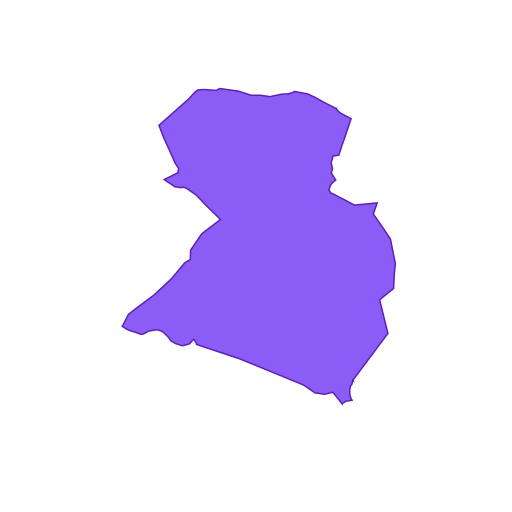 the district of La Clery, Castries, Saint Lucia, rotated 150°
{"feature_id": "8701671B59116812435541", "entity_name": "La Clery", "entity_type": "district", "adm_level": 2, "iso_a3": "LCA", "parent_name": "Saint Lucia", "parent_adm1": "Castries", "projection": "robinson", "projection_center": [-60.984, 14.019], "detail": "fine", "context": "isolated", "style": "filled", "palette": "violet", "viewbox_px": 512, "rotation_deg": 150, "n_neighbors": 0, "source": "geoboundaries", "source_scale": "gbopen_adm2", "svg_char_len": 1715}
<svg xmlns="http://www.w3.org/2000/svg" viewBox="0 0 512 512"><g transform="rotate(150 256 256)"><path d="M297.3,368.1L291.6,356.5L287.1,352.9L284.9,351.9L284.2,351.7L282.2,349.1L277.2,338.4L274.3,326.1L271.7,316.8L268.5,305.4L291.8,302.4L309.8,293.7L314.6,285.8L320.9,285.8L340.3,278.7L363.8,273.2L384.6,270.8L395.7,269.2L407.0,261.9L404.6,257.3L402.1,253.9L398.8,250.5L395.0,245.9L392.3,244.7L386.5,244.7L384.5,243.9L378.5,241.6L376.0,239.0L374.5,236.7L372.7,230.4L371.9,224.6L369.4,220.3L364.4,214.9L359.9,213.7L357.4,213.2L354.1,214.3L351.4,214.8L351.3,212.0L351.4,210.8L351.4,209.7L351.8,209.2L321.4,174.9L282.4,124.5L279.2,120.3L273.4,108.0L267.5,103.4L265.8,102.0L258.7,99.9L257.5,99.4L255.9,88.5L255.4,84.9L255.1,85.3L253.8,85.1L250.7,85.3L246.1,83.5L244.9,83.1L244.9,85.6L244.0,89.3L241.5,93.6L239.1,96.2L237.0,97.0L234.6,99.8L234.2,99.1L234.0,100.1L180.5,123.0L170.8,156.3L153.1,159.1L145.3,171.1L139.1,179.7L138.8,180.6L135.9,189.3L131.1,203.4L131.8,214.7L133.4,233.7L124.5,241.4L145.2,250.8L156.7,268.9L159.8,273.6L159.8,274.2L159.8,276.9L159.3,277.3L157.0,279.3L156.6,279.6L154.2,281.0L149.0,281.9L149.4,290.1L146.2,293.3L145.9,293.7L145.6,294.8L144.9,297.4L143.9,299.6L140.7,302.5L139.7,304.1L137.4,303.3L136.6,303.0L134.5,302.1L133.9,301.9L128.4,306.8L126.4,308.7L120.4,313.7L116.9,316.9L105.0,327.3L111.8,338.3L113.0,343.2L112.5,343.6L113.0,343.9L120.3,355.0L125.2,363.4L130.0,370.3L140.4,379.3L141.4,379.1L146.8,380.2L153.1,383.4L164.2,387.0L171.5,392.8L179.7,397.5L188.8,407.6L203.7,419.2L207.5,419.2L217.0,425.7L223.3,428.9L226.9,428.5L235.7,425.7L274.7,417.7L276.7,405.2L279.6,376.2L279.2,370.5L282.1,367.2L290.9,367.7L297.3,368.1Z" fill="#8b5cf6" stroke="#5b21b6" stroke-width="1.5"/></g></svg>